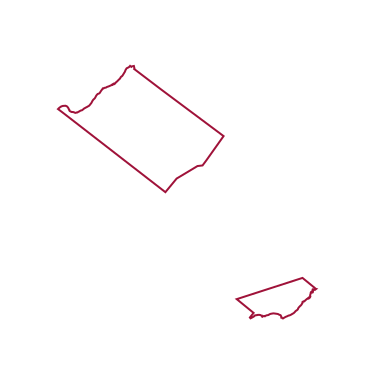 Doomadgee, Queensland, Australia, rotated 125°
{"feature_id": "25037944B37268575436611", "entity_name": "Doomadgee", "entity_type": "district", "adm_level": 2, "iso_a3": "AUS", "parent_name": "Australia", "parent_adm1": "Queensland", "projection": "orthographic", "projection_center": [138.852, -17.447], "detail": "fine", "context": "isolated", "style": "outline", "palette": "rose", "viewbox_px": 384, "rotation_deg": 125, "n_neighbors": 0, "source": "geoboundaries", "source_scale": "gbopen_adm2", "svg_char_len": 4476}
<svg xmlns="http://www.w3.org/2000/svg" viewBox="0 0 384 384"><g transform="rotate(125 192 192)"><path d="M200.9,349.3L201.1,343.7L203.2,300.3L207.4,213.7L189.8,212.3L167.6,202.4L164.2,198.6L158.0,198.4L128.1,198.2L125.7,276.7L124.9,297.1L124.4,309.9L123.9,309.9L122.1,311.9L123.7,313.4L124.3,313.5L124.2,315.0L124.5,315.0L124.8,315.1L125.3,315.2L125.6,315.2L126.1,315.4L126.5,315.6L127.0,315.8L127.4,316.1L127.8,316.3L128.2,316.5L128.6,316.5L128.9,316.5L129.2,316.4L129.5,316.4L129.8,316.4L130.0,316.4L130.3,316.4L130.7,316.3L131.2,316.1L131.6,316.1L132.3,315.9L132.8,315.9L133.0,315.9L133.5,315.9L134.1,315.8L135.2,315.8L135.9,315.7L136.7,315.7L137.1,315.8L137.4,315.8L138.0,316.1L138.6,316.2L139.5,316.2L140.1,316.0L140.8,316.1L141.4,316.3L142.1,316.4L142.6,316.5L143.3,316.6L143.8,316.7L144.5,316.8L144.9,316.9L145.2,317.0L145.8,317.2L146.4,317.2L146.7,317.2L147.2,317.3L147.5,317.4L147.9,317.4L147.9,317.6L147.6,317.6L147.5,317.8L147.8,318.1L148.4,318.4L148.9,318.6L149.4,318.9L149.7,319.0L149.5,318.7L149.5,318.4L149.9,318.5L150.3,318.9L150.7,319.3L151.1,319.5L151.5,319.8L151.9,320.0L152.3,320.2L152.9,320.6L153.5,321.0L153.9,321.3L154.3,321.6L154.7,321.9L155.4,322.2L155.7,322.3L156.1,322.6L156.4,322.9L156.5,323.1L157.0,323.5L157.5,323.7L157.8,323.8L158.0,323.9L158.1,324.2L158.1,324.4L158.4,324.5L158.8,324.5L159.1,324.4L159.6,324.4L160.0,324.5L160.5,324.5L161.4,324.5L162.3,324.5L163.0,324.4L163.7,324.4L164.2,324.5L164.9,324.8L165.3,325.1L165.8,325.5L166.4,325.6L167.4,325.7L168.2,325.7L168.9,325.6L169.5,325.5L170.4,325.4L171.1,325.4L171.6,325.5L172.2,325.6L172.8,325.8L173.3,325.8L173.9,325.8L174.6,325.8L175.1,325.7L175.9,325.6L176.1,325.6L176.7,325.5L177.3,325.5L178.2,325.6L178.9,325.6L179.7,325.7L180.5,325.8L181.1,326.1L181.5,326.3L182.1,326.6L182.4,326.7L182.8,326.9L183.3,327.2L183.5,327.3L184.0,327.5L184.4,327.7L185.1,328.1L185.9,328.4L186.2,328.4L186.6,328.5L186.8,328.6L187.2,328.7L187.4,328.8L187.8,328.9L188.3,329.1L188.5,329.3L188.8,329.6L189.0,329.8L189.9,330.3L190.4,330.4L190.8,330.6L191.0,330.8L191.6,331.1L192.1,331.3L192.4,331.4L192.6,331.5L192.8,331.9L193.0,332.1L193.5,332.4L193.7,332.5L194.0,332.8L194.1,333.0L194.2,333.3L194.3,333.7L194.3,333.8L194.3,334.0L194.5,334.5L194.5,334.8L194.6,335.0L194.8,335.4L195.0,335.8L195.2,336.0L195.4,336.4L195.5,336.7L195.6,336.8L195.6,337.2L195.7,337.9L195.8,338.4L195.7,338.9L195.5,339.3L195.3,339.6L195.0,339.7L194.9,339.8L194.8,340.4L194.6,340.8L194.1,341.6L193.8,342.5L193.6,343.5L193.6,344.0L193.8,344.4L193.8,344.7L193.9,345.0L194.0,345.3L194.4,345.7L194.7,346.1L195.1,346.5L195.3,346.9L195.6,347.2L195.9,347.4L196.2,347.7L197.0,348.1L197.3,348.4L197.8,348.5L198.3,348.7L198.8,348.9L199.4,349.0L199.9,349.2L200.5,349.2L200.9,349.3ZM261.9,71.6L260.2,70.7L258.2,69.8L257.6,69.9L257.2,69.8L257.1,69.6L256.9,69.4L256.7,69.2L256.4,69.1L256.1,68.8L256.0,68.7L255.9,68.6L255.8,68.4L255.7,68.3L255.7,68.2L255.4,68.0L255.2,67.9L255.0,67.6L254.2,66.7L253.8,65.9L253.6,65.5L253.5,64.7L253.5,64.2L253.2,63.8L253.9,63.1L253.9,62.9L253.4,62.8L252.9,62.3L252.5,62.1L252.4,61.8L252.1,61.6L252.1,61.4L252.0,61.0L251.5,60.9L250.3,60.2L249.0,58.9L248.7,58.7L248.2,58.6L247.4,58.2L246.6,57.6L245.0,56.0L244.5,55.3L243.8,54.0L243.6,53.5L243.1,52.6L242.7,51.7L242.6,51.3L242.6,51.0L242.6,50.8L242.3,49.4L242.2,49.2L242.2,48.5L242.5,48.2L242.8,47.4L243.3,47.1L243.7,46.8L243.6,46.6L243.4,46.6L243.5,46.4L243.5,45.8L243.6,45.4L243.3,44.9L243.2,44.9L240.6,43.7L239.1,42.7L237.9,42.1L237.1,41.3L235.7,40.5L234.9,40.2L234.7,40.0L234.2,39.9L233.7,39.6L233.1,39.3L232.4,39.1L232.2,39.1L231.3,38.9L230.5,38.9L229.4,38.6L229.1,38.4L227.6,38.0L227.4,38.0L226.8,38.2L226.7,38.2L226.5,38.3L225.1,38.3L223.9,38.1L223.1,38.0L222.6,37.8L222.4,37.8L221.3,37.7L220.7,37.8L220.2,37.8L219.8,37.8L219.1,38.0L218.9,38.1L218.8,38.4L218.7,38.4L218.3,38.2L217.7,38.0L217.7,37.9L217.6,37.6L217.4,37.4L216.9,37.2L216.0,37.1L215.6,37.0L213.6,36.5L213.1,36.2L212.7,36.2L211.7,35.8L210.8,35.6L210.7,35.5L210.9,35.4L211.1,35.4L212.2,35.7L212.4,35.7L212.6,35.5L212.4,35.3L211.6,35.1L211.0,34.9L210.1,35.0L209.7,35.1L208.9,36.0L207.3,36.5L206.4,37.0L206.0,37.1L205.3,37.0L204.7,36.7L204.7,36.4L204.9,36.2L205.5,36.3L205.7,36.1L205.3,35.7L205.0,35.5L204.6,35.6L204.3,35.7L203.8,36.1L203.7,36.6L203.5,36.8L203.2,36.7L203.0,37.1L202.8,37.2L202.5,37.3L202.3,37.0L202.4,36.3L202.4,36.2L201.9,35.5L201.7,35.2L200.2,34.7L200.3,35.0L199.0,52.2L203.6,55.7L254.1,93.9L255.7,72.2L261.6,72.6L261.9,71.6Z" fill="none" stroke="#9f1239" stroke-width="2"/></g></svg>